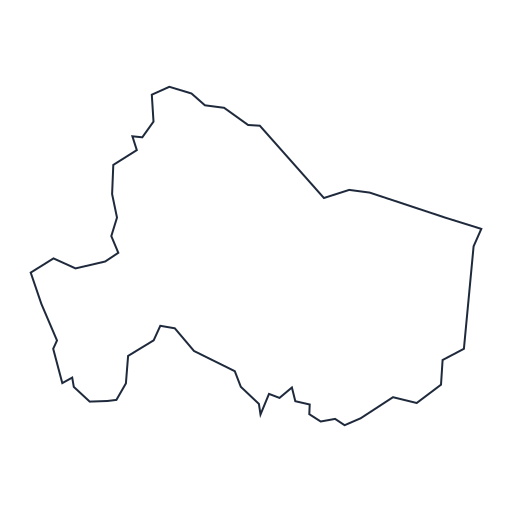 Carter, Kentucky, United States of America (Albers equal-area conic projection)
{"feature_id": "52423323B71495189407297", "entity_name": "Carter", "entity_type": "district", "adm_level": 2, "iso_a3": "USA", "parent_name": "United States of America", "parent_adm1": "Kentucky", "projection": "albers", "projection_center": [-83.1, 38.336], "detail": "fine", "context": "isolated", "style": "outline", "palette": "slate", "viewbox_px": 512, "rotation_deg": 0, "n_neighbors": 0, "source": "geoboundaries", "source_scale": "gbopen_adm2", "svg_char_len": 846}
<svg xmlns="http://www.w3.org/2000/svg" viewBox="0 0 512 512"><path d="M360.6,418.3L393.0,397.2L416.7,403.0L441.0,384.7L442.6,360.0L463.9,348.8L473.6,246.3L481.3,228.9L445.1,217.6L369.7,192.6L349.2,189.9L323.9,198.0L259.8,125.7L248.1,125.0L224.1,107.8L204.9,105.3L191.5,93.5L169.3,86.8L151.8,94.7L153.5,121.6L142.3,137.3L132.4,136.3L136.8,150.1L113.3,164.9L112.1,194.1L117.0,217.6L111.3,236.1L118.3,252.8L105.2,261.5L75.5,268.4L53.5,258.4L30.7,272.6L41.4,304.0L57.0,340.5L53.2,348.8L62.3,383.1L72.2,377.6L73.8,386.9L89.7,401.6L107.3,401.0L116.4,399.9L125.9,383.4L128.1,355.9L153.7,340.3L160.3,325.8L174.8,328.3L194.0,351.0L234.8,371.2L240.8,386.8L258.9,403.9L260.5,414.5L269.0,393.9L279.5,397.9L291.9,387.5L295.3,401.2L309.7,404.5L309.3,414.2L320.7,421.5L335.1,418.9L344.6,425.2L360.6,418.3Z" fill="none" stroke="#1e293b" stroke-width="2"/></svg>